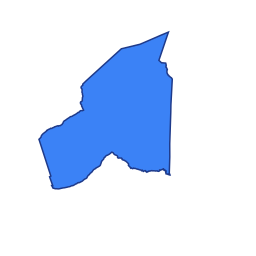 outline of Arrecifes, Buenos Aires, Argentina, rotated 46°
{"feature_id": "61730980B34566458401394", "entity_name": "Arrecifes", "entity_type": "district", "adm_level": 2, "iso_a3": "ARG", "parent_name": "Argentina", "parent_adm1": "Buenos Aires", "projection": "equal_earth", "projection_center": [-60.001, -34.007], "detail": "fine", "context": "isolated", "style": "filled", "palette": "blue", "viewbox_px": 256, "rotation_deg": 46, "n_neighbors": 0, "source": "geoboundaries", "source_scale": "gbopen_adm2", "svg_char_len": 5621}
<svg xmlns="http://www.w3.org/2000/svg" viewBox="0 0 256 256"><g transform="rotate(46 128 128)"><path d="M65.0,130.0L65.2,130.3L65.8,130.8L65.8,131.2L65.7,132.1L65.7,132.7L65.8,133.0L66.1,133.3L66.3,133.7L66.6,133.9L66.9,134.0L67.4,133.9L67.8,134.0L68.0,134.2L68.6,134.4L69.5,135.4L70.3,136.3L71.6,136.8L71.8,137.0L72.0,137.3L72.3,137.5L73.3,138.0L73.9,138.5L74.6,139.9L75.0,140.2L75.6,141.0L75.9,141.2L76.2,141.4L76.4,141.7L76.6,142.2L76.7,142.7L76.7,142.9L76.5,143.2L76.4,143.5L76.5,143.8L76.4,144.0L76.5,144.4L76.9,144.5L77.1,144.7L77.2,145.0L77.7,145.3L78.3,145.3L78.6,145.2L78.8,145.2L79.3,145.5L79.8,146.0L80.1,146.2L80.7,146.2L80.9,146.4L81.4,146.5L81.8,146.7L82.1,146.8L82.4,147.0L82.7,147.1L83.0,147.1L83.5,147.3L84.3,147.5L84.3,147.8L83.8,148.8L83.6,149.1L83.0,149.5L82.7,149.9L82.5,150.3L82.6,150.8L82.6,151.1L82.4,151.5L82.7,152.3L82.7,152.5L82.1,153.2L82.1,153.5L82.1,153.9L81.8,155.7L81.7,156.4L81.5,156.8L81.5,157.2L81.3,157.6L81.1,158.3L80.9,158.8L80.9,159.5L80.8,159.9L80.4,160.7L80.2,161.1L79.9,161.4L79.8,161.8L79.7,163.0L79.6,163.4L79.5,164.1L79.4,164.4L79.3,164.9L79.0,166.8L79.0,167.2L79.0,167.6L78.6,168.6L78.6,169.2L78.6,169.6L78.8,170.4L79.3,171.3L79.3,172.0L79.6,172.7L79.6,173.3L79.3,174.4L79.2,175.2L78.4,176.0L78.3,176.7L77.9,176.8L77.7,176.9L77.1,178.0L76.5,179.4L76.2,179.9L76.1,180.2L76.1,181.0L75.8,181.3L75.5,182.2L75.4,182.6L75.4,183.0L75.2,183.3L74.5,183.8L74.4,184.1L74.4,184.6L74.3,184.9L74.1,185.6L73.8,186.0L73.6,187.0L73.6,187.3L73.7,187.7L73.3,188.0L73.4,188.6L73.5,188.9L73.5,190.2L73.4,190.6L73.3,191.0L73.3,191.4L73.2,192.3L73.1,192.8L73.2,194.7L73.3,195.3L73.6,196.1L73.8,196.4L74.2,197.1L74.2,197.9L74.3,198.2L74.3,198.6L74.3,199.0L74.4,199.4L74.4,199.7L74.3,199.9L109.0,216.9L108.6,218.3L117.2,222.2L116.5,222.9L119.2,223.7L119.7,223.3L120.9,222.7L121.5,222.2L121.8,221.8L123.3,220.5L123.8,219.9L124.4,219.0L124.7,218.4L125.2,217.6L126.0,216.3L126.3,215.9L126.8,215.3L128.3,212.9L128.7,212.1L129.8,210.5L130.0,209.9L130.3,208.9L130.5,208.4L130.6,208.2L130.8,208.2L131.0,207.8L131.4,207.2L131.5,206.7L131.8,205.4L131.8,204.9L131.9,204.6L132.0,204.5L132.1,204.2L132.4,203.8L132.5,203.3L132.4,202.8L132.5,202.1L132.9,201.5L133.2,201.5L133.7,200.5L133.8,200.0L133.8,199.6L133.9,199.3L134.2,198.9L134.3,198.4L134.5,197.6L134.5,196.7L134.6,194.9L135.2,193.2L135.3,192.2L134.7,190.8L134.5,189.7L134.4,189.0L134.6,188.6L134.7,188.1L134.4,187.2L134.3,186.7L134.5,186.0L134.5,185.7L134.4,185.0L134.6,184.2L134.3,183.3L134.1,181.7L134.2,181.0L134.5,179.9L134.7,179.6L134.7,179.3L134.5,178.7L134.7,178.3L134.8,177.9L134.9,177.6L135.0,177.2L135.2,176.7L135.3,175.9L135.6,175.0L135.6,174.1L135.5,173.6L134.9,172.5L134.7,172.1L134.5,171.6L134.4,171.3L133.9,170.8L133.8,170.5L133.8,170.1L133.6,169.9L133.5,169.5L133.5,167.3L133.4,167.2L133.2,166.8L133.1,166.4L132.9,166.2L132.9,165.5L132.8,165.2L133.0,164.8L133.0,164.5L132.8,164.0L132.8,162.6L133.0,162.2L133.3,161.7L133.8,159.8L133.9,159.2L134.1,156.7L134.1,156.4L134.3,156.3L134.7,156.2L135.4,155.9L135.6,155.9L136.5,156.1L137.4,156.2L138.5,155.9L139.6,155.3L140.3,155.1L140.8,155.1L141.0,155.1L141.5,155.4L141.6,155.6L141.8,155.8L142.0,156.0L142.6,156.0L143.0,155.8L143.4,155.2L143.5,155.0L144.1,154.6L144.6,154.1L144.9,153.7L145.3,153.6L145.5,153.6L145.8,153.5L146.2,153.9L146.4,154.1L146.8,154.1L147.3,153.9L149.1,152.9L149.5,153.0L149.8,152.9L150.0,152.8L150.4,152.6L151.3,152.6L151.8,152.5L152.2,152.5L152.7,152.5L153.3,152.5L153.9,152.4L154.1,152.6L154.5,152.9L154.7,153.0L154.9,153.3L155.1,153.6L155.4,153.5L155.7,153.7L156.0,153.8L156.4,153.7L156.8,153.7L157.1,153.6L157.6,153.8L158.1,153.7L158.3,153.7L158.6,154.0L158.9,154.0L159.0,153.5L159.1,153.3L159.9,153.2L160.4,153.0L160.7,152.0L160.8,151.8L161.0,151.8L161.3,151.8L161.5,151.5L161.9,151.0L162.2,150.8L163.4,150.3L164.2,149.7L164.6,149.6L165.1,149.1L165.7,149.0L166.0,148.8L166.6,148.3L166.7,148.2L167.3,148.0L167.8,147.7L168.1,147.7L168.2,147.8L168.3,147.6L168.2,147.2L168.3,147.0L168.6,147.0L169.5,147.2L169.9,147.2L170.0,147.1L170.1,146.3L170.6,145.2L170.9,145.1L171.2,145.4L172.3,145.3L172.4,145.2L172.5,144.6L172.8,144.6L173.0,144.8L173.4,143.8L173.4,143.2L173.5,142.9L173.6,142.7L174.0,142.5L174.1,142.3L174.3,142.1L174.4,141.7L174.6,141.3L174.8,141.2L175.0,140.7L175.4,140.3L175.5,140.3L176.0,140.0L176.2,139.8L176.5,139.3L177.0,138.9L177.8,138.2L178.2,138.0L178.5,137.6L179.0,136.8L179.4,136.7L179.8,136.6L180.0,136.5L180.4,136.1L180.7,135.4L180.7,135.0L180.7,134.8L180.5,134.6L180.4,134.5L180.2,134.4L180.3,134.1L180.9,133.9L181.1,133.5L181.3,132.8L181.6,132.2L181.7,131.9L181.9,130.9L182.0,130.8L182.3,130.9L182.6,131.6L182.8,131.6L183.3,131.2L183.5,130.9L183.6,130.7L183.8,130.7L184.0,131.0L184.1,130.9L184.3,130.6L184.5,130.6L184.9,130.7L185.0,130.7L185.4,130.4L185.6,130.5L185.6,131.4L185.9,131.5L186.2,131.5L186.3,131.8L186.9,132.0L187.1,132.1L187.1,132.3L187.5,132.5L188.0,132.1L188.4,131.6L188.8,131.6L189.4,131.4L189.4,131.0L189.3,130.8L189.4,130.7L189.5,130.6L190.1,130.9L190.7,130.7L191.0,130.4L189.1,129.6L177.8,118.0L168.3,108.9L146.5,86.4L141.1,81.0L123.6,62.2L123.0,62.1L122.8,62.0L122.6,62.0L122.1,61.9L120.7,62.2L119.9,62.2L119.0,62.4L118.7,62.2L118.1,62.2L117.8,62.2L117.6,62.4L117.4,62.4L117.2,62.2L116.9,62.2L116.1,61.8L115.5,61.7L114.6,60.9L114.4,60.8L114.0,60.4L113.8,60.0L113.6,59.9L113.5,59.5L113.3,59.2L113.1,59.3L112.8,59.2L112.4,58.7L112.2,58.6L111.7,58.6L111.1,58.3L110.9,58.4L110.5,58.1L110.3,58.2L110.1,57.9L109.9,57.7L109.7,57.5L109.7,57.4L109.5,57.0L109.2,56.9L108.8,56.5L107.5,55.8L104.3,58.6L100.8,58.8L87.1,32.3L84.3,39.4L76.1,61.2L66.4,77.7L65.0,125.3L65.0,130.0Z" fill="#3b82f6" stroke="#1e3a8a" stroke-width="1.5"/></g></svg>